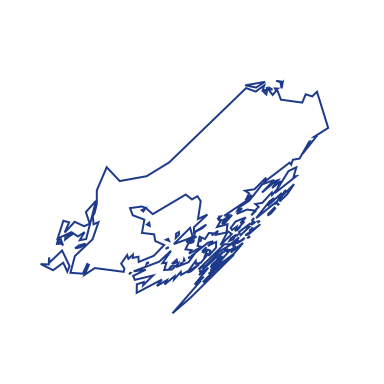 map outline of Canada (Equal Earth projection), rotated 137°
{"feature_id": "CAN", "entity_name": "Canada", "entity_type": "country or territory", "adm_level": 0, "iso_a3": "CAN", "parent_name": "North America", "parent_adm1": "", "projection": "equal_earth", "projection_center": [-89.555, 62.395], "detail": "fine", "context": "isolated", "style": "outline", "palette": "blue", "viewbox_px": 384, "rotation_deg": 137, "n_neighbors": 0, "source": "natural_earth", "source_scale": "50m", "svg_char_len": 6180}
<svg xmlns="http://www.w3.org/2000/svg" viewBox="0 0 384 384"><g transform="rotate(137 192 192)"><path d="M64.0,198.9L50.4,182.2L42.2,185.9L38.9,179.9L32.2,180.1L48.7,146.0L65.2,149.1L63.8,147.7L85.2,144.5L74.2,147.2L71.3,148.6L71.8,148.9L90.6,143.1L96.2,146.8L100.8,144.4L100.6,146.9L132.4,150.0L128.1,152.0L144.4,151.4L152.4,156.8L151.1,152.0L158.5,149.4L150.3,149.4L157.4,148.3L184.5,152.6L181.0,150.1L184.9,149.7L189.4,150.5L190.9,154.7L187.7,154.6L189.7,156.1L188.9,155.0L191.0,154.9L191.5,153.8L191.0,151.3L197.5,149.3L188.0,144.2L194.4,138.9L203.6,144.3L199.4,145.9L207.1,146.6L204.5,147.1L207.6,150.5L214.6,148.7L216.9,154.1L224.6,148.8L222.5,145.4L236.1,148.9L232.0,149.9L235.9,154.5L229.8,156.9L226.0,154.8L225.0,154.6L224.2,155.1L228.3,157.5L219.0,156.4L221.5,157.8L216.7,160.6L209.2,158.5L203.7,158.4L218.1,161.1L214.6,164.9L196.1,165.0L206.0,168.2L191.9,179.3L190.9,185.2L197.1,186.6L198.3,194.4L235.8,202.6L236.7,211.9L238.6,215.6L248.3,222.5L251.2,215.4L245.7,204.3L256.5,196.2L248.6,186.9L252.3,181.2L248.5,172.2L263.4,171.4L278.7,177.2L275.3,181.2L280.3,184.2L277.9,186.5L284.1,186.5L282.4,190.1L292.7,187.9L293.6,182.2L296.4,180.2L314.9,202.6L327.1,204.7L317.1,209.0L317.7,210.8L327.5,206.7L336.0,215.8L321.4,225.0L297.1,225.2L281.0,233.7L286.0,235.5L281.0,242.0L277.4,243.2L269.7,248.3L260.5,258.1L237.5,268.3L237.4,249.3L214.4,234.5L188.5,229.2L81.6,231.1L76.9,222.0L66.5,220.7L71.0,218.1L67.4,215.8L71.3,216.4L71.1,212.7L67.3,215.5L65.8,217.7L66.8,208.0L60.0,208.7L64.0,198.9ZM219.0,141.8L224.4,141.7L224.7,139.9L221.0,138.9L225.9,136.6L222.2,135.8L233.7,134.2L238.0,136.7L236.2,139.1L248.2,136.8L256.5,138.8L254.7,141.2L264.8,140.3L262.2,142.3L275.1,143.0L270.6,144.7L281.8,147.2L273.7,148.5L301.2,156.0L295.3,162.1L288.7,159.1L291.3,157.1L277.4,157.5L293.7,166.7L292.3,170.8L278.7,166.7L288.8,173.8L263.6,163.4L247.4,163.3L262.2,160.1L259.0,157.7L265.5,153.9L259.5,149.0L250.9,149.0L253.6,147.4L242.4,143.0L234.5,144.6L236.8,145.7L215.0,144.1L210.1,141.6L217.3,141.8L208.4,139.0L212.4,134.9L223.5,133.9L218.6,136.7L220.0,139.2L223.8,140.8L219.0,141.8ZM265.6,115.7L289.0,116.6L245.9,121.1L252.8,121.9L241.2,121.9L253.2,122.5L231.6,125.5L243.5,126.4L235.5,128.0L209.8,127.3L217.8,125.7L214.3,124.4L224.5,125.3L227.1,125.2L229.9,124.0L215.6,123.6L217.7,122.4L227.8,122.4L232.2,122.1L218.5,119.7L235.7,120.9L228.4,119.6L245.6,118.7L240.4,118.6L245.4,117.9L222.3,119.3L218.1,119.1L227.5,118.3L215.0,119.1L210.7,118.7L218.5,118.5L222.8,118.1L203.9,117.6L265.6,115.7ZM134.0,137.2L148.0,136.1L153.8,140.0L153.4,135.6L158.7,135.5L163.7,141.6L174.3,145.5L166.4,145.9L171.3,147.5L167.7,148.6L156.1,146.6L135.4,149.7L123.6,144.7L141.2,143.9L122.9,142.9L120.8,141.9L130.7,140.3L119.7,139.5L128.2,135.9L135.5,135.2L134.0,137.2ZM298.1,250.2L294.2,240.5L288.4,238.6L283.3,249.7L268.3,251.0L301.5,229.8L306.9,233.3L297.9,235.9L305.8,237.3L307.5,244.8L322.0,249.6L305.7,258.7L302.6,253.6L312.8,249.2L298.1,250.2ZM105.0,132.5L132.1,134.7L107.2,141.5L98.9,138.9L107.1,134.0L105.0,132.5ZM203.3,118.3L215.2,119.5L222.7,121.5L204.5,123.6L196.6,122.1L204.9,121.3L189.4,120.0L203.3,118.3ZM196.0,126.3L211.7,129.7L231.6,128.8L240.0,131.0L204.0,131.7L199.5,127.6L188.4,126.7L196.0,126.3ZM135.5,127.2L162.9,129.1L141.4,132.3L136.0,131.6L146.3,130.2L126.9,130.1L135.5,127.2ZM337.5,218.8L334.4,228.1L346.9,229.5L351.8,242.5L346.2,236.7L341.1,241.6L344.2,237.6L326.9,237.8L332.1,221.3L337.5,218.8ZM173.8,134.7L181.0,134.1L187.2,133.9L183.0,136.2L188.6,136.9L188.2,139.3L180.3,140.7L170.0,136.7L177.8,136.3L173.8,134.7ZM222.0,158.9L226.4,160.2L240.8,166.3L217.8,167.1L222.0,158.9ZM191.6,134.2L207.4,133.7L192.6,138.8L191.6,134.2ZM134.4,125.3L128.8,127.7L112.0,128.1L124.1,125.4L134.4,125.3ZM186.0,127.3L184.8,130.7L170.8,129.3L176.2,128.9L174.1,127.3L186.0,127.3ZM164.0,121.8L179.9,122.5L182.6,124.0L164.0,121.8ZM63.5,222.8L73.9,224.7L80.3,233.7L63.5,222.8ZM235.9,134.2L247.0,134.7L250.6,136.4L235.9,134.2ZM178.3,147.9L188.6,146.9L191.8,148.6L178.3,147.9ZM198.0,130.7L195.0,131.7L189.0,130.7L194.1,129.3L198.0,130.7ZM187.4,122.4L194.3,123.8L184.7,122.5L187.4,122.4ZM250.6,150.6L255.8,153.2L249.3,153.0L250.6,150.6ZM144.2,124.0L152.0,123.9L141.3,124.4L144.2,124.0ZM164.6,134.5L159.7,135.2L157.5,134.7L164.6,134.5ZM322.7,240.9L322.8,247.2L324.0,244.4L326.2,246.1L323.2,248.0L320.0,247.4L322.7,240.9ZM148.7,122.5L152.9,123.2L141.6,123.3L148.7,122.5ZM315.9,230.6L311.0,230.0L305.0,226.7L311.3,227.6L315.9,230.6ZM235.2,169.5L232.0,172.4L228.9,171.6L230.6,169.7L235.2,169.5ZM50.5,210.6L55.7,206.7L53.2,210.8L50.5,210.6ZM190.4,124.8L198.2,124.5L199.5,124.7L190.4,124.8ZM171.3,127.7L169.3,128.9L166.3,128.1L171.3,127.7ZM307.7,242.5L310.6,243.1L317.2,243.8L314.5,246.1L307.7,242.5ZM242.1,171.9L243.5,174.7L241.4,174.0L242.1,171.9ZM127.8,128.2L123.5,129.5L121.9,129.3L127.8,128.2ZM208.0,124.8L205.7,125.4L205.1,124.9L208.0,124.8ZM164.3,124.7L164.3,125.7L162.1,124.6L164.3,124.7ZM51.0,211.4L52.8,212.6L54.6,215.9L51.0,211.4ZM240.9,211.0L241.2,213.0L237.6,211.8L240.9,211.0ZM181.0,119.9L183.1,120.7L179.8,120.2L181.0,119.9ZM168.1,130.3L165.2,130.7L164.4,130.4L168.1,130.3ZM165.9,127.0L168.5,127.0L170.4,127.4L165.9,127.0ZM63.3,212.0L65.2,214.2L64.3,215.3L63.3,212.0ZM261.2,151.4L258.0,152.0L257.0,151.3L261.2,151.4ZM246.0,196.0L247.2,198.9L244.2,198.8L246.0,196.0ZM138.4,123.8L137.4,124.5L136.3,124.1L138.4,123.8ZM185.6,133.2L181.6,133.9L180.3,133.6L185.6,133.2ZM247.7,167.5L250.1,168.5L246.7,167.7L247.7,167.5ZM243.6,148.3L244.1,146.9L245.4,147.1L243.6,148.3ZM219.8,150.7L218.1,151.0L218.9,150.3L219.8,150.7ZM176.7,124.5L172.8,124.6L172.5,124.2L176.7,124.5ZM238.4,145.5L239.9,146.4L237.3,145.8L238.4,145.5ZM208.7,126.5L208.1,127.2L206.9,126.7L208.7,126.5ZM226.4,157.9L230.5,159.3L227.6,159.1L226.4,157.9ZM139.0,126.3L139.4,126.8L136.1,126.6L139.0,126.3ZM294.2,174.6L292.2,175.0L292.0,174.7L294.2,174.6ZM250.3,146.9L248.3,147.4L248.2,146.8L250.3,146.9ZM225.5,158.8L224.4,159.1L224.2,158.2L225.5,158.8ZM189.8,129.2L188.3,129.9L187.8,129.7L189.8,129.2ZM274.2,170.4L273.2,170.9L271.5,169.9L274.2,170.4ZM256.0,149.2L255.0,149.8L254.7,149.4L256.0,149.2ZM241.2,128.1L239.8,128.8L238.8,128.7L241.2,128.1ZM61.0,210.0L60.7,211.2L59.1,209.5L61.0,210.0Z" fill="none" stroke="#1e3a8a" stroke-width="2"/></g></svg>